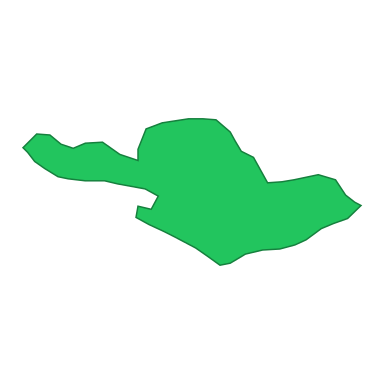 Melanarga, Cyprus
{"feature_id": "46923920B8194209200989", "entity_name": "Melanarga", "entity_type": "district", "adm_level": 2, "iso_a3": "CYP", "parent_name": "Cyprus", "parent_adm1": "", "projection": "mercator", "projection_center": [34.202, 35.508], "detail": "fine", "context": "isolated", "style": "filled", "palette": "green", "viewbox_px": 384, "rotation_deg": 0, "n_neighbors": 0, "source": "geoboundaries", "source_scale": "gbopen_adm2", "svg_char_len": 792}
<svg xmlns="http://www.w3.org/2000/svg" viewBox="0 0 384 384"><path d="M361.0,205.5L354.7,202.2L345.6,195.1L335.5,179.8L318.3,174.7L294.0,179.8L281.8,181.8L267.6,182.8L253.5,157.4L241.3,151.3L235.2,141.1L230.2,132.0L216.0,119.8L202.8,118.8L188.6,118.8L162.3,122.8L146.1,128.9L138.0,149.3L138.0,160.5L119.8,154.4L102.5,142.2L85.3,143.2L73.2,148.3L61.0,144.2L49.9,135.0L36.7,134.0L23.0,147.7L27.6,152.3L34.7,161.5L44.8,168.6L58.0,176.7L68.1,178.8L85.3,180.8L104.6,180.8L117.7,183.9L145.1,188.9L158.3,196.1L151.2,209.3L138.0,206.2L136.0,217.4L149.1,224.6L162.3,230.7L174.5,236.8L195.7,248.0L205.9,255.1L220.0,265.2L230.2,263.2L245.4,254.1L262.6,250.0L279.8,249.0L295.0,244.9L306.1,239.8L321.3,228.6L333.5,223.5L347.6,218.5L361.0,205.5Z" fill="#22c55e" stroke="#15803d" stroke-width="1.5"/></svg>